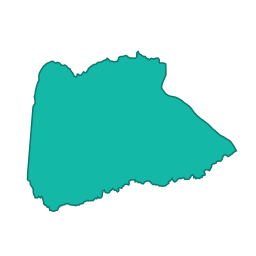 outline of Arapoema, Tocantins, Brazil, rotated 174°
{"feature_id": "56859067B18233430453998", "entity_name": "Arapoema", "entity_type": "district", "adm_level": 2, "iso_a3": "BRA", "parent_name": "Brazil", "parent_adm1": "Tocantins", "projection": "equal_earth", "projection_center": [-49.016, -7.729], "detail": "fine", "context": "isolated", "style": "filled", "palette": "teal", "viewbox_px": 256, "rotation_deg": 174, "n_neighbors": 0, "source": "geoboundaries", "source_scale": "gbopen_adm2", "svg_char_len": 4008}
<svg xmlns="http://www.w3.org/2000/svg" viewBox="0 0 256 256"><g transform="rotate(174 128 128)"><path d="M83.8,187.7L84.8,188.3L85.7,188.8L88.3,189.2L89.3,189.1L90.1,190.2L89.8,192.5L90.5,194.2L92.4,194.5L93.8,194.4L95.0,194.0L96.0,194.1L97.2,194.9L98.4,194.6L99.7,193.4L100.8,194.7L102.2,195.3L103.4,197.3L105.1,197.6L106.4,198.3L107.4,199.4L108.6,200.1L109.4,201.4L109.9,203.0L111.0,202.4L111.6,200.6L111.7,198.5L112.3,197.3L113.2,196.6L114.9,196.8L116.6,197.2L117.8,197.0L118.8,197.6L119.9,198.2L120.9,198.7L121.8,200.1L123.2,200.3L124.5,199.8L126.4,199.7L128.2,199.9L129.9,199.0L130.4,197.3L131.4,195.4L132.7,195.5L134.1,195.2L135.4,195.3L136.4,196.0L137.7,196.1L139.4,197.0L140.2,198.5L141.5,199.5L142.6,198.1L143.9,197.9L145.0,197.7L146.2,197.1L147.4,196.6L149.0,196.1L150.7,196.5L151.9,195.9L153.2,194.7L154.7,194.8L156.2,194.4L157.4,193.5L158.5,193.2L159.6,192.1L161.2,191.3L161.8,189.8L162.8,188.9L163.5,187.5L165.2,187.6L166.3,188.5L167.5,187.1L168.6,186.0L169.6,185.4L170.7,185.4L171.5,186.6L172.8,186.9L173.3,185.1L174.2,184.3L175.2,184.6L176.3,185.4L176.7,186.9L177.4,188.7L178.3,189.8L178.9,191.0L179.3,192.5L180.5,193.5L181.7,194.3L182.7,196.1L184.4,197.3L185.8,196.9L186.8,197.1L188.2,198.1L189.2,199.6L190.4,200.3L191.6,200.7L193.2,200.1L194.6,201.0L195.6,202.2L197.1,202.2L198.6,201.8L200.1,201.1L201.3,200.9L202.4,200.5L203.4,199.6L204.5,199.0L205.5,198.3L206.5,197.0L207.9,195.3L209.2,193.5L210.4,191.8L211.0,190.0L211.3,188.2L211.3,186.1L211.9,184.1L212.9,182.8L213.5,181.4L214.0,180.1L214.7,178.7L215.2,177.0L215.8,175.5L216.3,173.7L216.6,171.9L217.2,170.4L217.9,169.0L217.7,167.2L217.6,165.5L217.6,164.0L217.8,162.7L218.3,161.4L219.5,160.3L220.3,158.5L232.6,92.8L232.9,90.7L233.0,89.1L233.4,87.7L232.7,86.3L231.0,85.3L230.9,83.7L231.1,82.3L230.3,80.5L229.2,78.5L228.6,76.7L228.9,75.2L228.9,73.5L228.6,71.8L228.0,70.1L227.6,68.2L225.3,68.0L224.0,69.4L223.3,68.5L222.3,67.6L221.2,68.9L220.4,68.0L220.2,66.4L219.8,64.8L219.6,61.0L218.3,59.8L217.0,59.1L216.5,57.7L214.9,57.9L214.6,56.2L214.3,54.3L213.2,54.3L211.9,53.3L209.6,53.0L208.5,53.6L207.1,53.6L206.1,54.5L205.5,56.5L204.3,56.7L203.7,57.9L202.4,57.7L200.9,58.3L199.2,58.3L197.5,59.2L195.9,59.0L194.4,58.3L193.4,57.6L191.6,57.3L190.6,57.0L189.6,56.9L188.2,56.2L186.4,56.7L184.4,56.6L183.2,57.7L181.7,57.4L180.5,57.7L179.7,59.0L177.7,59.6L176.3,60.3L175.2,59.6L173.7,59.8L171.4,59.5L170.2,59.5L168.9,60.8L167.5,61.4L166.5,60.9L165.3,62.6L164.2,61.3L163.0,61.3L161.7,61.7L160.8,63.3L160.3,65.5L159.4,68.3L158.0,68.6L157.2,66.1L156.1,65.9L154.7,65.4L153.4,65.8L151.9,67.8L150.9,67.9L149.4,69.5L147.9,67.4L146.4,67.3L145.2,65.6L144.0,66.1L143.5,67.5L144.0,68.8L142.6,69.6L140.5,68.7L140.1,69.9L138.6,70.6L137.7,72.0L135.6,72.4L133.3,71.3L132.5,72.3L132.7,74.7L130.5,76.2L128.3,75.8L126.5,75.9L126.6,73.8L125.1,74.1L123.0,72.5L121.6,72.7L120.2,71.3L118.6,70.9L116.8,72.7L114.0,73.4L112.0,72.7L111.0,71.3L109.2,69.2L106.9,69.1L106.0,68.4L104.7,68.7L102.9,67.1L101.9,67.1L100.5,66.6L98.2,66.5L96.4,66.8L94.9,68.0L93.2,68.7L93.4,70.4L91.3,71.1L89.5,73.2L88.2,70.3L87.1,69.4L85.9,70.0L84.8,70.8L83.7,72.1L82.2,72.5L80.6,72.1L79.0,72.8L77.4,72.4L76.7,70.9L74.2,70.8L72.8,70.8L71.6,71.8L70.0,74.0L68.5,74.7L67.7,73.5L67.8,71.7L66.4,72.2L65.9,70.5L63.9,71.1L63.0,70.5L61.9,70.3L61.0,71.3L59.5,71.2L59.2,72.8L57.3,72.8L56.3,73.2L56.2,74.9L57.1,76.0L56.5,77.4L54.7,78.5L52.7,77.9L51.4,77.1L50.6,78.2L49.9,79.4L49.0,80.5L48.6,82.6L47.2,83.7L45.9,83.4L44.1,83.9L43.3,85.5L40.9,85.6L39.3,85.3L37.7,87.0L36.8,89.1L36.0,90.6L34.0,91.4L32.4,90.0L31.6,89.1L29.7,89.9L28.3,90.8L27.0,91.4L25.6,92.7L22.6,94.0L23.2,95.4L24.2,97.8L24.9,99.4L27.4,103.7L29.1,105.5L31.1,106.8L33.0,108.5L37.1,111.2L38.5,112.5L41.6,116.1L43.9,118.2L46.4,121.6L48.4,123.9L49.9,125.2L55.8,130.7L58.3,133.4L60.6,136.5L63.2,141.1L64.9,143.3L70.0,147.8L71.3,149.4L75.1,152.3L77.4,153.6L82.9,155.3L84.5,156.1L86.2,157.4L87.2,158.4L89.7,162.5L90.5,164.7L89.9,167.1L88.0,171.1L86.9,173.0L84.7,177.0L84.0,184.8L83.8,187.7Z" fill="#14b8a6" stroke="#0f766e" stroke-width="1.5"/></g></svg>